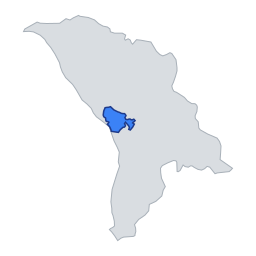 Moldova, with Nisporeni highlighted
{"feature_id": "MDA-1642", "entity_name": "Nisporeni", "entity_type": "District", "adm_level": 1, "iso_a3": "MDA", "parent_name": "Moldova", "parent_adm1": "", "projection": "robinson", "projection_center": [28.24, 47.078], "detail": "fine", "context": "in_parent", "style": "filled", "palette": "blue", "viewbox_px": 256, "rotation_deg": 0, "n_neighbors": 0, "source": "natural_earth", "source_scale": "10m", "svg_char_len": 2593}
<svg xmlns="http://www.w3.org/2000/svg" viewBox="0 0 256 256"><path d="M23.5,31.6L24.8,29.0L37.1,22.1L40.2,23.2L46.6,23.5L59.6,23.3L66.0,18.7L70.0,20.0L73.2,17.9L78.6,15.4L79.3,15.9L80.0,16.3L88.3,17.5L94.5,19.9L98.7,23.7L103.0,26.1L107.4,27.0L109.9,28.9L110.4,31.8L114.6,33.2L122.4,33.2L125.7,35.1L124.5,38.9L125.3,40.2L128.1,38.8L130.2,40.0L131.3,42.8L132.6,44.2L136.5,39.7L140.8,40.2L150.9,42.0L156.4,51.2L159.8,54.5L162.8,55.9L166.6,54.5L169.9,52.7L171.8,53.5L176.0,59.7L177.0,67.7L177.0,70.9L175.5,76.3L173.5,82.1L171.8,85.9L172.5,88.9L174.0,91.4L176.5,92.3L184.4,97.4L187.4,100.9L191.7,103.6L195.0,103.7L196.7,105.2L197.3,107.0L196.9,111.5L195.1,115.8L195.3,118.5L198.2,121.8L198.6,125.6L198.8,128.0L200.3,129.9L207.6,134.0L217.1,138.1L219.5,141.5L221.0,145.9L220.6,153.2L220.1,159.6L232.5,168.3L231.1,169.9L229.2,171.6L217.4,172.9L215.0,173.7L209.8,167.2L207.1,166.4L204.6,168.7L201.6,170.1L198.0,169.4L194.2,167.4L192.3,166.0L190.7,165.8L188.3,167.2L185.1,166.6L183.1,165.0L180.1,170.5L178.2,171.7L177.1,171.5L176.8,162.2L175.9,160.8L173.5,160.5L167.8,162.8L162.3,165.6L160.5,168.2L160.7,172.8L161.5,178.3L165.3,186.6L163.2,190.2L161.8,196.0L155.9,201.3L149.3,204.4L148.7,210.8L145.0,215.1L138.7,219.4L134.5,224.6L135.6,228.2L135.8,231.6L135.1,233.9L134.9,235.6L133.3,236.4L123.6,237.1L120.9,238.2L117.7,240.6L114.7,235.9L111.6,231.8L109.4,229.6L110.4,228.6L112.8,227.4L114.5,226.0L114.3,221.1L113.0,215.5L111.9,212.7L111.8,208.4L110.9,201.8L112.1,189.4L116.9,173.9L119.6,166.2L118.3,161.9L119.3,152.1L117.2,147.2L114.0,140.8L109.3,126.9L103.5,122.1L96.4,116.8L93.3,112.8L91.3,108.4L87.0,104.0L82.1,100.0L76.3,89.9L73.3,85.4L72.4,84.2L65.7,77.7L62.3,71.9L60.5,67.1L59.5,62.7L54.9,53.9L50.7,47.4L46.7,42.7L44.8,39.4L40.2,35.2L33.5,31.9L29.1,31.3L23.5,31.6Z" fill="#d9dde1" stroke="#a8b0b8" stroke-width="1"/><path d="M111.3,131.3L111.1,130.2L110.0,127.4L109.2,126.2L107.3,124.2L108.1,123.5L108.9,122.2L107.9,121.6L106.3,121.4L105.7,119.9L105.7,118.8L105.5,117.8L105.0,117.6L104.6,117.5L103.7,116.6L103.2,115.0L103.7,111.1L105.1,107.7L106.7,107.4L108.5,107.3L110.5,106.7L113.9,109.9L117.9,111.9L119.6,112.4L121.2,113.3L122.9,113.6L124.5,113.6L125.3,114.4L126.0,115.5L125.6,116.5L124.9,117.5L125.8,119.4L127.7,119.6L128.8,119.1L130.0,119.0L130.9,119.6L132.0,119.9L133.8,119.2L135.1,120.6L134.6,121.2L134.1,121.7L133.2,122.1L132.6,122.9L134.3,124.1L132.7,127.1L130.3,130.0L128.8,129.4L129.4,127.3L128.6,125.8L125.5,122.2L124.5,123.7L125.1,124.7L125.5,125.8L124.5,127.1L123.0,127.3L120.3,129.7L118.4,132.4L111.8,131.4L111.3,131.3Z" fill="#3b82f6" stroke="#1e3a8a" stroke-width="1.5"/></svg>